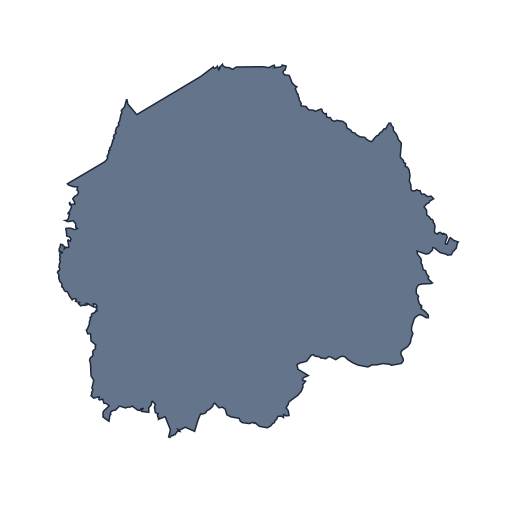 Atengo, Jalisco, Mexico, rotated 189°
{"feature_id": "50627088B38886465943482", "entity_name": "Atengo", "entity_type": "district", "adm_level": 2, "iso_a3": "MEX", "parent_name": "Mexico", "parent_adm1": "Jalisco", "projection": "orthographic", "projection_center": [-104.254, 20.32], "detail": "fine", "context": "isolated", "style": "filled", "palette": "slate", "viewbox_px": 512, "rotation_deg": 189, "n_neighbors": 0, "source": "geoboundaries", "source_scale": "gbopen_adm2", "svg_char_len": 5990}
<svg xmlns="http://www.w3.org/2000/svg" viewBox="0 0 512 512"><g transform="rotate(189 256 256)"><path d="M375.4,69.7L375.4,75.7L374.6,77.0L375.1,77.4L375.0,79.5L373.2,80.9L370.6,81.8L367.6,86.1L367.0,86.4L360.9,85.5L359.4,86.6L356.3,87.2L354.9,88.4L349.0,85.4L347.0,85.2L345.9,85.7L345.9,86.9L343.1,88.1L345.0,86.1L344.7,84.6L337.4,84.8L338.2,89.3L336.2,92.5L336.0,96.2L335.5,96.3L332.2,93.7L332.6,90.5L330.9,85.6L327.8,84.7L328.5,83.4L327.3,80.8L326.3,80.7L326.6,79.5L320.6,83.1L313.3,70.9L314.0,63.6L312.7,63.3L311.0,65.6L309.9,65.6L308.3,67.2L308.0,67.0L306.1,70.7L303.8,70.8L305.8,72.5L304.0,72.2L299.1,75.8L289.2,73.2L287.6,85.1L286.1,91.4L284.4,91.4L281.2,93.1L280.6,95.1L277.4,97.8L275.3,100.8L274.5,103.6L273.7,104.2L268.9,100.3L265.2,101.4L262.3,99.7L260.0,94.7L255.7,93.2L247.1,93.0L245.8,90.5L243.6,89.3L236.5,89.4L233.2,91.2L231.6,90.4L230.7,91.2L226.2,88.3L218.0,88.1L215.1,90.3L213.2,93.4L211.8,94.2L211.3,96.7L210.1,97.8L209.4,101.0L205.8,101.8L203.5,100.8L204.0,103.7L203.2,103.8L201.4,102.8L198.4,103.6L199.9,108.1L202.5,110.8L200.9,114.7L200.9,116.2L200.5,117.3L192.8,125.1L190.2,129.4L189.1,133.8L189.7,136.3L187.4,140.1L190.7,140.7L190.5,142.4L189.9,143.3L185.6,146.1L196.8,150.7L198.5,154.9L196.3,157.0L189.5,160.0L186.5,165.7L185.1,167.2L183.7,167.4L182.7,166.5L180.2,166.2L178.2,166.6L175.7,165.2L174.3,165.7L171.4,165.3L168.3,168.0L167.0,168.1L161.0,166.1L157.1,169.7L154.3,170.6L152.1,170.3L149.1,168.0L143.1,165.5L138.1,164.2L128.1,163.9L124.2,166.7L119.9,167.3L114.0,169.6L106.8,170.0L105.3,169.2L95.7,172.6L94.2,175.2L94.5,177.3L97.7,182.0L97.6,184.1L97.0,185.6L92.0,190.3L89.9,194.7L90.0,198.3L88.9,203.7L90.9,207.1L91.1,210.6L89.8,219.2L87.7,221.9L85.4,223.6L83.2,223.6L78.2,221.7L76.1,222.0L76.7,224.7L80.6,227.9L84.6,229.6L85.0,230.7L84.3,231.5L85.1,232.3L84.7,233.0L86.6,233.7L87.6,235.2L89.5,239.2L89.1,241.6L91.7,243.9L92.5,247.6L92.2,250.6L90.9,252.9L87.4,254.4L79.0,256.1L77.5,257.0L82.5,260.5L82.1,262.7L84.4,264.4L86.1,268.0L88.7,268.7L90.7,273.5L92.0,274.9L91.9,277.1L92.8,279.3L96.9,283.2L97.7,286.1L88.4,284.5L85.8,285.4L82.7,289.4L82.7,291.9L81.3,292.0L74.5,288.1L68.1,287.5L67.1,286.8L63.2,287.8L62.6,290.4L59.4,295.1L59.2,300.0L58.4,301.5L63.0,302.3L66.8,304.5L67.5,303.8L69.1,297.7L70.5,297.3L71.1,299.1L70.1,304.5L71.4,306.8L72.1,307.2L74.3,306.9L74.1,307.6L74.6,307.7L75.1,306.7L77.7,308.2L79.3,307.6L80.1,306.0L83.0,306.9L83.7,308.7L83.8,313.2L84.9,315.9L86.1,316.7L86.4,318.3L87.5,319.6L89.3,319.8L91.1,321.9L93.7,323.1L94.7,327.9L97.7,330.9L95.7,334.1L93.5,335.7L93.0,337.4L89.5,340.3L92.3,342.5L95.9,341.5L99.8,343.6L101.6,342.9L102.8,343.7L104.2,346.3L105.2,345.9L107.7,346.6L108.9,345.4L111.4,344.7L113.2,345.7L114.3,350.8L116.3,354.0L116.5,359.7L118.4,365.2L120.4,367.4L122.6,367.8L122.8,370.9L124.7,371.4L125.3,373.4L128.4,375.7L129.1,376.9L130.1,390.2L134.1,393.8L134.6,395.5L136.8,398.7L139.3,400.7L140.1,402.0L140.5,404.4L142.7,406.2L143.7,408.3L145.5,408.0L147.9,401.8L149.5,401.6L151.0,398.7L153.0,396.8L154.0,394.5L155.6,393.6L157.1,391.5L159.6,387.0L162.4,387.4L165.2,388.6L167.0,390.2L172.1,390.0L176.1,391.6L177.4,392.9L180.5,393.2L182.1,395.1L186.2,396.7L187.7,400.6L191.5,402.6L197.6,402.6L199.4,401.3L202.1,401.8L204.5,404.4L206.4,404.0L208.2,404.7L208.8,407.7L210.7,407.2L213.4,409.3L213.5,410.7L214.7,411.4L220.2,408.1L221.9,409.0L226.8,408.6L230.0,411.5L234.8,411.3L235.4,412.3L235.1,413.6L238.0,417.2L238.1,418.8L239.5,420.8L239.6,422.2L240.8,422.9L243.4,427.6L242.1,429.5L244.3,430.3L247.4,432.6L251.4,439.5L256.1,439.4L257.6,440.8L258.2,441.9L257.5,443.6L256.4,444.2L255.9,448.3L260.1,448.7L260.1,447.4L262.0,446.3L267.3,444.9L266.9,445.4L267.7,447.3L268.2,447.3L272.9,444.0L278.3,444.1L305.0,439.6L308.3,436.7L311.7,437.8L316.3,437.6L318.8,439.1L319.1,440.1L321.6,436.7L320.9,436.1L321.9,434.0L323.9,437.3L324.1,436.5L326.4,434.9L327.4,435.0L327.8,436.0L338.5,424.8L395.9,377.0L406.4,386.1L407.9,390.2L408.4,390.0L409.2,382.5L411.8,378.7L410.8,376.1L411.6,374.6L411.8,367.7L412.6,366.1L412.5,364.5L411.8,363.7L413.9,360.8L414.4,356.5L413.3,355.5L415.2,353.3L415.4,351.5L415.0,350.5L414.4,350.4L415.8,347.4L415.5,346.6L416.3,341.2L417.3,340.1L417.3,338.6L416.7,338.1L417.9,336.8L417.5,334.7L418.7,331.0L417.8,329.8L418.7,327.4L420.4,325.2L453.6,297.8L452.5,296.9L447.7,295.9L443.0,296.2L443.2,293.1L441.7,292.2L441.4,291.0L441.7,288.8L444.5,286.4L446.0,283.8L443.9,281.3L443.0,279.0L446.4,278.0L447.4,278.4L448.2,279.7L448.6,279.3L448.1,277.6L446.5,277.0L445.9,275.7L447.0,271.1L448.4,268.9L448.2,268.3L446.7,268.5L447.3,263.3L448.4,261.6L449.9,261.2L447.2,260.5L441.9,262.2L439.1,259.5L438.6,256.3L436.6,255.2L439.2,253.7L443.6,254.5L447.9,253.7L448.1,252.7L447.1,250.7L446.1,246.1L443.5,245.8L441.5,244.2L441.4,243.4L442.0,241.4L443.7,242.6L444.4,242.0L442.3,235.8L442.9,235.0L444.6,235.0L446.5,233.0L446.3,235.2L448.2,236.0L448.7,237.0L450.9,237.0L450.8,234.9L451.5,232.4L451.2,230.0L450.9,229.4L449.9,230.0L447.8,229.3L448.3,228.3L449.6,228.3L450.2,226.9L449.8,225.2L449.0,224.4L449.6,222.5L448.3,219.0L448.9,218.1L448.9,214.0L447.8,213.0L448.0,210.8L449.0,210.4L449.6,208.9L447.8,206.6L447.3,202.7L446.4,202.0L446.1,200.5L443.2,198.0L443.2,195.3L441.5,194.4L440.5,192.6L438.8,191.2L436.6,191.3L434.0,187.3L430.7,183.9L429.3,185.5L426.7,185.3L427.2,183.0L423.0,182.4L423.9,181.2L421.2,179.3L419.0,180.6L418.0,180.2L415.4,181.3L416.7,182.1L415.5,182.9L408.6,180.3L408.2,180.9L409.1,183.3L407.9,183.6L405.7,182.4L405.3,181.3L406.8,180.2L405.1,179.5L404.5,176.8L405.5,177.2L406.7,174.3L407.7,174.3L409.3,173.0L409.1,170.4L410.3,169.3L409.7,167.7L410.3,164.9L409.9,162.7L411.0,158.0L412.0,156.3L409.9,152.7L407.7,153.4L407.1,152.7L405.6,146.2L400.3,143.1L400.7,141.6L400.0,139.6L402.3,136.5L401.5,132.0L403.6,129.7L404.1,127.1L402.6,123.7L400.2,111.8L396.8,107.9L397.4,100.0L396.1,97.8L397.1,95.4L396.4,94.0L397.2,92.3L394.1,90.2L388.9,92.4L388.7,89.6L387.9,89.4L384.9,90.6L383.3,86.9L380.6,86.8L377.6,85.0L382.2,79.0L382.6,77.8L382.0,73.1L375.4,69.7Z" fill="#64748b" stroke="#1e293b" stroke-width="1.5"/></g></svg>